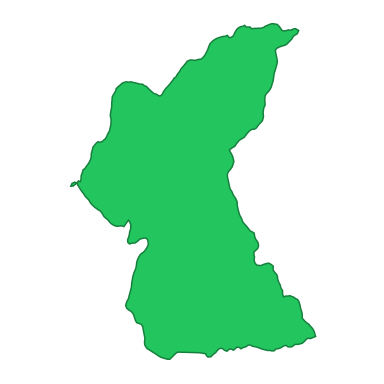 the district of Cariri do Tocantins, Tocantins, Brazil, rotated 179°
{"feature_id": "56859067B90473711295320", "entity_name": "Cariri do Tocantins", "entity_type": "district", "adm_level": 2, "iso_a3": "BRA", "parent_name": "Brazil", "parent_adm1": "Tocantins", "projection": "equal_earth", "projection_center": [-49.215, -11.947], "detail": "fine", "context": "isolated", "style": "filled", "palette": "green", "viewbox_px": 384, "rotation_deg": 179, "n_neighbors": 0, "source": "geoboundaries", "source_scale": "gbopen_adm2", "svg_char_len": 5113}
<svg xmlns="http://www.w3.org/2000/svg" viewBox="0 0 384 384"><g transform="rotate(179 192 192)"><path d="M306.8,203.1L306.1,201.0L305.0,199.2L303.4,196.3L301.6,193.7L300.0,191.6L298.7,189.3L296.6,187.2L295.0,185.3L293.6,182.6L291.4,180.2L289.3,178.2L287.6,177.0L286.1,175.8L284.1,174.7L282.2,172.2L280.6,169.2L278.5,167.1L276.6,165.7L275.1,163.6L273.2,161.6L270.7,160.0L267.9,159.0L264.9,159.3L262.9,159.4L260.7,158.6L256.0,165.0L254.8,163.1L253.8,160.4L253.9,156.4L255.0,153.3L255.4,150.6L256.2,147.8L257.2,145.4L257.1,142.9L255.4,141.1L252.6,142.0L249.7,142.0L246.9,144.0L245.0,145.7L242.9,146.3L240.8,146.8L239.0,146.7L237.4,145.4L236.8,143.1L236.7,140.0L238.2,136.9L240.1,134.2L241.6,132.7L243.2,131.7L245.0,130.1L246.1,128.3L247.3,126.2L248.5,122.8L248.9,119.5L249.5,116.6L250.4,114.6L251.4,112.3L252.5,108.9L253.3,105.0L253.9,101.8L254.2,98.2L255.2,94.5L255.9,92.0L256.7,89.3L257.3,86.7L258.4,84.8L259.5,82.6L260.3,79.6L259.3,76.9L257.4,75.2L255.0,73.8L253.1,71.5L251.8,68.0L250.9,64.8L249.6,62.3L247.2,61.4L245.0,60.6L243.5,58.0L243.2,55.4L241.6,46.2L242.1,43.2L242.0,40.4L241.2,38.4L239.7,36.3L237.4,34.8L235.7,33.7L233.7,32.4L231.5,31.0L229.3,29.4L227.3,28.0L225.2,27.0L223.4,26.4L221.4,25.8L219.1,25.1L217.0,25.2L211.3,30.7L209.3,32.1L205.5,32.0L188.3,31.2L186.2,31.0L181.3,30.1L180.4,28.1L178.9,26.7L176.0,26.9L173.6,29.3L171.1,31.0L169.7,32.8L167.5,35.0L164.4,35.1L162.3,33.2L159.8,32.2L157.5,34.2L155.3,34.3L153.5,33.1L151.9,34.1L150.0,36.0L147.9,36.0L145.7,34.4L143.0,35.8L140.7,36.3L139.0,37.7L136.7,38.1L134.1,36.7L131.6,36.2L129.0,35.5L127.0,34.6L124.8,33.8L122.8,33.2L120.7,32.6L119.0,32.2L117.3,32.3L114.9,31.7L112.5,31.8L111.0,33.5L108.2,33.9L105.7,34.8L103.4,36.3L100.9,37.1L98.6,35.5L96.5,35.3L94.2,35.8L91.8,37.8L89.5,37.8L87.1,38.1L84.3,38.9L82.1,40.7L80.5,42.5L78.9,43.7L76.2,43.4L74.0,44.2L70.9,45.4L71.6,47.6L72.1,49.9L73.2,52.4L74.4,54.1L76.0,55.8L77.2,57.5L79.1,58.9L80.9,60.3L82.6,62.3L84.0,64.0L83.9,66.4L84.2,69.7L85.4,73.5L86.1,77.6L87.4,81.5L88.7,82.9L90.3,83.6L92.1,85.1L93.8,85.6L95.7,86.6L98.1,86.3L100.1,86.3L102.4,85.6L103.2,88.5L103.2,91.9L104.7,94.3L105.4,97.5L106.9,100.4L107.9,103.5L108.0,105.9L108.8,108.1L110.5,110.0L112.3,112.6L112.1,116.5L114.2,118.2L116.4,119.5L119.3,119.1L121.9,118.3L124.1,117.3L125.8,117.4L128.0,117.6L130.1,119.4L131.1,122.9L130.6,125.9L131.2,128.4L131.2,130.7L129.6,132.3L127.4,134.2L126.4,136.9L126.7,139.7L127.8,141.9L129.1,143.6L130.1,146.3L130.6,149.9L132.5,151.1L134.4,152.0L135.7,153.7L137.7,156.4L140.0,159.0L141.7,161.1L142.9,164.6L144.7,168.1L145.6,171.1L146.3,174.2L147.0,177.8L147.0,181.3L148.5,184.8L150.7,188.2L152.1,191.7L153.6,194.0L154.3,196.2L154.8,199.2L155.5,202.5L156.1,205.4L156.4,208.1L156.0,210.3L154.9,212.0L153.2,214.0L151.5,216.2L150.6,218.5L149.6,221.7L150.4,225.8L151.3,228.2L154.0,233.3L151.0,235.5L148.5,236.9L146.5,239.7L144.2,242.5L142.6,243.7L140.6,244.7L138.8,245.8L137.1,248.0L135.8,249.6L134.4,251.1L132.6,252.8L130.7,253.6L128.3,253.8L126.7,254.7L125.5,256.3L123.9,258.4L121.8,260.4L120.3,262.2L119.2,265.9L119.5,270.4L118.8,274.7L117.4,277.5L117.5,280.6L117.6,283.8L117.2,286.9L115.8,289.2L113.7,291.1L112.0,293.5L110.9,295.6L110.0,298.6L108.9,301.7L108.3,305.7L107.8,309.0L106.6,312.5L105.7,315.5L104.9,318.3L104.4,320.9L104.7,323.7L105.3,326.8L105.9,329.8L106.2,332.5L104.5,334.3L102.1,335.5L99.6,336.3L97.9,336.8L96.2,337.2L94.1,338.6L92.6,340.2L91.2,341.5L89.4,343.4L87.9,346.0L86.1,347.2L84.0,348.3L82.5,351.6L84.4,352.8L86.1,353.6L88.2,353.1L90.4,352.0L93.0,352.4L95.1,351.6L97.4,351.5L99.2,352.0L100.8,354.5L102.2,356.4L103.9,358.1L106.4,358.6L109.0,358.9L111.1,358.4L113.2,357.5L115.4,356.7L117.8,355.2L120.5,354.5L122.3,354.6L124.2,354.5L127.0,354.5L129.5,354.2L131.2,356.0L134.6,355.9L136.5,357.7L138.5,356.7L140.5,356.4L142.7,355.4L144.5,353.7L146.3,350.9L147.8,347.6L149.8,346.0L152.1,345.7L153.9,348.0L156.2,347.1L158.3,347.0L160.6,346.4L163.6,345.5L165.9,344.5L168.3,342.9L169.9,341.5L171.4,339.9L172.7,337.1L173.7,334.3L174.9,331.9L176.5,329.0L178.4,326.5L180.8,324.6L183.3,324.5L186.3,323.5L189.0,323.9L191.7,324.0L194.5,322.8L196.5,320.2L198.6,317.8L200.4,315.9L201.5,314.2L202.5,312.4L204.5,310.1L206.0,307.4L207.9,306.1L209.4,303.8L210.8,302.2L212.5,300.1L214.3,298.1L216.5,295.9L218.7,292.9L220.1,290.1L221.7,288.8L223.6,288.7L225.5,290.2L228.5,291.2L230.9,293.4L233.5,295.9L235.6,298.2L237.9,299.3L239.5,300.6L241.6,300.7L244.2,301.4L246.7,302.1L249.3,302.7L251.2,303.2L253.4,303.0L256.0,303.3L258.2,302.7L259.8,302.1L261.4,300.7L264.1,298.5L265.9,296.8L266.7,294.1L268.0,292.1L269.1,290.3L270.1,288.3L270.3,285.8L270.7,282.5L270.8,278.4L271.4,275.8L272.0,272.6L272.4,269.5L271.7,266.7L271.7,263.9L271.9,261.1L272.5,258.4L273.4,254.7L275.2,251.5L276.4,248.9L277.6,246.8L279.5,245.3L281.0,244.0L283.0,243.3L285.1,243.9L286.6,242.8L288.5,240.7L290.2,238.5L291.1,235.3L292.1,231.9L292.1,229.0L292.8,226.5L294.3,223.4L295.9,221.1L297.5,219.1L298.6,217.3L300.4,216.2L301.2,213.8L302.6,209.9L302.7,206.6L303.7,204.1L305.4,205.1L306.8,203.1ZM306.8,203.1L309.2,203.9L311.8,202.7L313.1,199.9L310.8,200.0L309.0,201.4L306.8,203.1Z" fill="#22c55e" stroke="#15803d" stroke-width="1.5"/></g></svg>